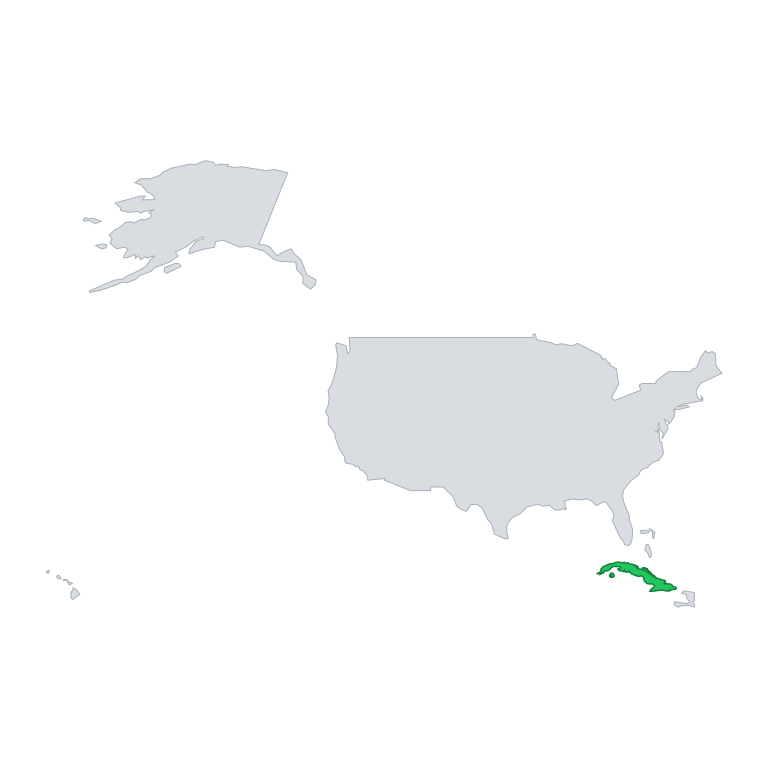 Cuba highlighted among its neighbors
{"feature_id": "CUB", "entity_name": "Cuba", "entity_type": "country or territory", "adm_level": 0, "iso_a3": "CUB", "parent_name": "North America", "parent_adm1": "", "projection": "natural_earth1", "projection_center": [-79.329, 21.523], "detail": "fine", "context": "with_neighbors", "style": "filled", "palette": "green", "viewbox_px": 768, "rotation_deg": 0, "n_neighbors": 3, "source": "natural_earth", "source_scale": "50m", "svg_char_len": 8299}
<svg xmlns="http://www.w3.org/2000/svg" viewBox="0 0 768 768"><path d="M349.3,337.5L533.0,337.5L533.2,334.3L535.5,334.2L536.3,338.9L538.3,340.3L549.6,342.2L555.9,344.8L561.4,343.7L571.7,345.9L577.7,343.4L600.8,355.4L601.4,357.6L602.9,358.5L602.5,359.3L605.6,358.7L607.2,362.1L610.1,363.1L609.2,364.7L616.2,368.7L618.8,384.0L611.9,396.9L612.5,399.0L614.8,400.4L640.7,390.1L639.1,384.9L642.2,383.5L655.1,383.5L657.3,380.1L668.3,371.7L691.0,371.6L691.7,369.5L696.6,367.7L700.7,357.2L705.5,350.7L707.9,353.0L712.3,351.5L715.4,354.0L715.9,365.6L721.9,373.3L700.9,383.0L696.3,390.1L696.4,394.7L698.8,399.2L701.7,399.5L700.9,396.3L703.0,398.2L702.5,400.7L682.6,404.3L676.9,406.8L687.0,405.2L689.1,406.8L679.4,409.4L675.0,409.5L675.2,408.4L673.1,410.8L675.2,411.2L673.8,417.4L668.9,424.1L668.3,421.9L664.5,419.3L666.0,424.0L667.7,425.5L667.9,428.8L661.8,439.2L663.3,432.9L659.7,429.6L658.8,422.3L657.5,426.1L659.0,431.6L654.4,430.2L659.2,433.1L659.6,441.4L661.6,442.0L663.5,453.7L659.0,460.2L651.7,462.8L647.1,468.0L643.5,468.5L639.9,471.8L638.9,474.7L631.1,480.4L623.6,489.8L622.5,496.0L623.7,502.1L629.3,515.8L629.3,519.6L632.7,529.8L632.1,539.1L630.3,544.4L628.1,545.5L624.5,544.5L623.4,540.6L620.6,538.6L612.4,520.9L614.0,515.1L612.0,510.3L606.4,502.9L603.6,501.6L596.3,505.6L591.6,501.0L587.1,498.9L579.0,500.0L572.6,499.0L564.1,501.0L565.3,503.3L565.1,506.9L566.6,508.6L565.2,509.8L562.5,508.5L559.8,510.1L554.6,509.9L549.3,505.2L543.0,506.3L537.8,504.3L527.1,506.9L520.3,513.5L513.0,517.2L508.8,521.4L507.0,525.4L506.7,531.4L508.2,538.6L505.3,538.9L494.6,534.2L491.5,524.0L487.4,519.0L481.9,507.8L477.0,504.3L471.1,504.5L466.1,511.4L460.3,508.8L456.7,506.1L453.1,496.7L443.2,487.0L430.8,487.0L430.5,490.6L410.6,490.7L384.4,480.2L385.2,478.5L367.8,480.2L367.1,475.7L363.0,470.6L359.8,469.6L359.3,467.1L355.4,466.6L353.1,464.3L346.6,463.4L345.0,462.0L344.7,457.2L339.0,448.4L334.8,436.3L335.3,434.2L328.3,424.0L328.4,416.9L325.5,412.2L328.2,405.0L329.1,397.6L328.1,390.9L332.2,382.8L336.6,367.2L337.5,355.7L335.7,344.5L336.8,342.8L345.9,345.7L347.9,353.7L350.0,351.5L349.3,337.5ZM287.7,172.7L258.7,244.6L264.7,244.9L269.9,247.1L276.8,255.8L284.3,251.3L291.3,248.8L293.3,252.9L301.0,259.8L306.9,274.8L316.2,280.0L315.0,285.1L310.4,289.1L302.8,283.4L303.0,276.3L296.8,269.7L295.8,262.1L280.1,261.4L273.5,259.1L263.5,250.8L248.4,246.4L239.6,247.1L223.0,240.1L215.5,241.7L214.5,247.2L203.1,249.4L188.9,253.8L190.0,249.1L196.1,241.3L203.7,238.9L202.9,236.9L193.2,241.3L186.7,246.6L175.3,252.2L178.2,256.1L169.9,261.9L154.4,267.7L151.3,271.3L139.6,275.5L136.0,279.3L127.1,282.8L123.0,282.2L101.8,290.0L89.8,292.4L89.4,291.0L114.2,280.1L122.5,279.2L127.1,275.9L138.0,271.0L146.0,266.5L149.8,260.4L155.1,255.7L146.8,258.1L145.4,256.7L140.7,259.7L138.5,255.6L135.5,258.5L135.0,254.5L127.3,257.7L123.5,257.7L125.2,252.9L127.8,250.0L125.2,247.2L116.4,248.7L109.8,243.1L112.1,238.6L109.1,235.2L113.9,230.7L121.1,226.4L125.4,222.4L130.6,221.8L134.0,223.0L140.9,219.3L144.9,220.0L150.7,217.6L151.4,214.0L148.8,212.7L154.7,209.7L143.9,211.5L141.1,213.2L137.4,211.5L128.5,212.3L120.8,210.5L120.1,207.4L115.1,203.0L140.5,196.1L145.3,196.1L142.3,199.9L154.9,199.6L152.7,194.9L147.2,192.0L141.5,185.1L135.0,182.7L140.6,178.8L150.9,178.6L160.1,175.2L163.6,171.7L171.5,168.2L190.0,164.1L194.9,164.6L205.8,160.7L213.4,162.3L215.7,165.5L218.9,164.1L228.2,164.6L227.0,166.2L234.9,167.5L241.1,166.7L266.3,170.7L274.4,169.5L287.7,172.7ZM85.2,217.4L88.0,218.9L92.2,218.1L101.2,221.2L94.8,223.7L89.7,220.6L84.1,221.0L83.1,220.4L85.2,217.4ZM76.2,589.3L79.9,594.3L72.8,599.5L71.1,598.3L70.8,592.6L72.7,590.2L73.0,587.7L76.2,589.3ZM72.5,583.3L69.2,585.0L67.5,581.9L68.3,581.2L72.5,583.3ZM67.4,579.7L67.0,580.7L63.1,580.4L63.8,579.4L67.4,579.7ZM58.7,575.0L61.0,578.5L60.5,579.0L57.5,578.5L56.6,576.2L58.7,575.0ZM49.5,570.6L48.3,573.5L46.1,572.0L47.8,570.5L49.5,570.6ZM102.4,244.0L106.9,244.7L106.0,247.8L101.5,249.0L95.6,245.4L102.4,244.0ZM175.5,263.3L179.5,263.9L181.1,266.4L166.5,273.3L164.2,271.2L164.8,267.4L175.5,263.3Z" fill="#d9dde1" stroke="#a8b0b8" stroke-width="1"/><path d="M694.3,592.5L694.5,600.7L692.7,602.1L694.6,604.8L694.5,607.1L689.6,605.6L681.5,605.6L678.1,607.3L674.1,604.5L674.7,601.7L687.1,603.6L689.8,601.7L686.4,597.9L686.4,594.6L681.7,593.2L683.4,590.8L694.3,592.5Z" fill="#d9dde1" stroke="#a8b0b8" stroke-width="1"/><path d="M640.5,530.5L648.8,530.1L649.0,532.4L641.1,533.8L640.5,530.5ZM649.2,528.3L654.9,532.3L653.7,538.5L652.4,537.4L652.5,532.8L649.2,528.3ZM646.3,544.4L648.5,544.7L651.1,552.0L651.1,557.1L649.4,557.5L647.5,552.5L644.7,550.0L646.3,544.4Z" fill="#d9dde1" stroke="#a8b0b8" stroke-width="1"/><path d="M619.6,562.3L621.5,562.7L623.1,562.6L623.8,562.4L623.7,562.6L624.4,563.2L624.7,563.3L625.7,563.0L628.3,562.9L628.6,563.0L629.0,563.6L629.7,564.0L630.4,564.3L631.1,564.3L631.8,564.2L632.5,564.3L633.4,564.8L633.6,564.9L634.4,564.8L634.2,565.3L635.4,566.0L636.4,567.5L637.1,568.1L637.8,568.6L638.4,569.0L639.1,569.1L641.1,569.1L641.6,569.1L642.1,569.3L642.5,569.4L646.7,571.6L648.0,572.8L648.8,573.4L650.5,574.3L651.1,574.5L651.5,574.4L651.4,574.2L650.9,573.7L651.5,573.6L652.6,574.7L652.9,575.0L653.5,575.4L654.1,575.6L653.8,576.0L653.3,576.1L652.5,575.9L653.2,576.6L653.3,577.0L653.6,577.1L654.1,576.6L654.4,576.1L655.7,577.3L656.4,577.8L656.2,578.1L656.1,578.4L656.9,578.1L657.2,578.1L657.5,578.3L657.8,578.8L658.5,578.9L659.2,578.9L660.6,579.3L662.0,580.1L663.3,580.3L664.6,580.3L665.2,580.7L665.5,581.3L665.2,581.7L665.0,582.2L665.5,582.7L664.5,582.9L664.3,583.2L664.4,583.6L664.6,583.8L665.2,583.6L666.1,583.8L667.4,583.9L668.4,583.8L670.2,584.1L670.8,584.3L671.9,585.0L672.4,585.5L673.5,586.7L674.5,587.1L675.3,587.3L675.6,587.2L675.9,587.3L676.1,587.5L676.3,588.0L676.2,588.6L675.7,589.0L675.5,589.3L674.3,589.4L672.7,589.5L671.1,590.0L670.3,590.4L670.0,590.7L669.1,590.9L669.1,590.7L669.1,590.4L668.9,590.0L668.7,590.4L668.4,590.7L667.8,591.0L665.9,591.0L665.1,590.6L664.3,590.4L661.4,590.1L660.7,590.1L658.8,590.4L656.8,590.6L656.0,590.7L655.2,591.0L653.6,591.0L651.8,591.2L649.9,591.3L651.1,589.3L653.6,587.4L654.1,587.0L654.4,586.5L654.5,586.1L654.4,585.7L653.8,585.1L653.7,584.7L653.5,584.4L652.6,584.1L651.7,584.0L650.8,584.0L648.9,583.8L647.8,583.8L646.9,583.4L645.5,581.9L644.8,581.5L644.5,581.2L644.2,580.8L643.8,578.7L643.5,577.7L643.1,576.8L642.4,576.1L641.7,575.9L639.0,576.4L638.4,576.4L637.8,576.2L633.7,574.8L632.0,574.0L631.4,573.6L630.8,573.1L630.2,572.2L629.5,571.4L629.5,571.8L629.4,572.0L626.0,572.1L625.4,571.9L625.1,571.7L624.9,571.3L624.7,570.7L624.4,570.2L624.2,570.7L624.1,571.3L623.6,571.6L623.1,571.6L622.5,570.9L619.7,570.8L619.5,570.7L618.6,570.0L617.8,569.1L618.6,568.8L620.2,568.4L620.5,568.2L620.7,567.8L620.6,567.3L620.2,567.0L619.9,566.8L619.6,566.6L619.1,566.6L613.0,566.5L612.6,566.8L612.0,567.3L611.0,568.0L610.2,568.8L610.0,569.1L609.6,569.4L608.9,569.9L608.2,570.6L607.4,570.9L607.0,570.7L606.6,570.7L606.3,570.9L606.0,570.9L604.4,571.0L604.1,571.2L603.9,571.7L603.6,572.7L603.4,573.0L602.6,573.1L601.9,573.4L600.3,574.3L599.9,574.5L600.0,573.8L599.9,573.1L599.5,573.1L599.0,573.2L598.6,573.4L597.8,573.9L597.5,574.0L597.1,573.8L597.2,573.5L599.7,572.3L600.0,572.2L600.5,572.3L600.9,572.2L601.2,571.9L600.8,570.3L601.0,569.2L601.6,568.4L602.8,567.1L603.4,566.7L609.2,564.0L609.8,563.9L613.5,563.4L614.1,563.2L615.8,562.4L617.7,562.1L619.6,562.3ZM614.2,576.3L613.5,576.7L612.0,577.4L611.3,577.4L610.5,577.2L609.9,576.6L609.6,576.1L609.6,575.8L610.1,576.3L610.6,576.5L610.9,576.3L611.2,576.1L610.4,574.4L610.4,574.0L611.1,573.0L612.8,573.3L613.1,573.5L613.3,574.1L613.7,574.6L614.2,575.8L614.2,576.3ZM643.1,567.7L644.1,567.9L644.5,567.8L644.8,567.7L645.2,567.8L645.7,568.5L645.2,568.6L644.9,568.6L644.6,568.5L643.7,568.5L643.1,568.2L642.8,568.1L642.7,567.8L643.1,567.7ZM650.2,572.9L649.9,573.2L649.6,572.8L649.4,572.8L649.1,572.6L648.5,572.2L648.4,571.8L648.8,571.7L649.4,571.8L650.5,572.1L650.4,572.6L650.2,572.9ZM647.6,570.0L647.4,570.2L647.0,569.8L646.4,569.7L646.1,569.2L645.8,569.0L645.8,568.8L646.3,568.7L646.7,568.7L647.1,569.1L647.3,569.8L647.6,570.0ZM648.7,571.4L648.4,571.4L647.7,571.1L647.5,570.8L647.7,570.4L647.8,569.9L648.0,570.4L648.6,570.6L648.6,570.8L648.9,571.2L648.7,571.4ZM637.8,566.7L637.9,566.9L636.6,566.3L636.0,565.6L635.8,565.5L636.2,565.5L637.6,566.6L637.8,566.7Z" fill="#22c55e" stroke="#15803d" stroke-width="1.5"/></svg>